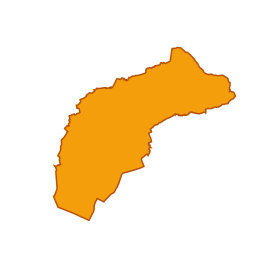 Cleja, Bacau, Romania (Robinson projection), rotated 135°
{"feature_id": "2599482B76086213180522", "entity_name": "Cleja", "entity_type": "district", "adm_level": 2, "iso_a3": "ROU", "parent_name": "Romania", "parent_adm1": "Bacau", "projection": "robinson", "projection_center": [26.881, 46.398], "detail": "fine", "context": "isolated", "style": "filled", "palette": "amber", "viewbox_px": 256, "rotation_deg": 135, "n_neighbors": 0, "source": "geoboundaries", "source_scale": "gbopen_adm2", "svg_char_len": 5683}
<svg xmlns="http://www.w3.org/2000/svg" viewBox="0 0 256 256"><g transform="rotate(135 128 128)"><path d="M233.5,121.5L227.3,107.4L220.9,90.3L211.7,93.2L209.6,94.4L208.4,95.4L208.3,95.7L207.3,96.4L207.2,96.8L206.3,97.3L205.1,97.8L204.1,98.5L201.8,99.1L201.0,99.4L200.2,100.0L199.7,99.9L197.3,92.9L196.6,93.1L186.7,93.2L184.8,92.6L183.1,92.3L178.0,94.0L177.9,93.8L177.6,93.8L176.8,94.3L174.0,95.2L166.1,99.2L163.9,99.9L160.8,98.0L148.0,91.1L143.8,89.6L140.8,96.5L139.6,96.9L132.9,96.1L133.2,94.4L129.4,95.6L129.3,95.9L129.4,96.3L128.4,96.5L128.1,98.8L126.4,98.6L126.1,98.3L126.2,98.7L125.6,98.6L125.6,99.1L125.3,99.8L124.8,100.0L125.2,100.5L124.9,100.8L125.1,100.9L125.0,101.3L125.4,101.6L124.9,102.0L124.4,102.1L124.5,102.4L124.0,103.0L123.7,103.0L122.3,102.0L121.7,101.9L121.1,101.6L119.1,104.8L118.4,106.8L117.2,109.6L116.6,109.5L114.3,108.6L113.6,109.3L113.3,110.4L113.4,110.9L112.6,111.5L111.0,111.1L110.4,111.2L109.8,110.9L108.7,111.2L108.2,111.0L107.5,111.0L107.0,110.8L106.4,110.9L105.9,110.6L105.7,110.3L104.8,109.6L103.9,109.5L103.0,109.8L101.8,109.3L101.4,108.9L100.2,108.7L99.1,108.3L98.0,108.4L95.8,107.6L94.1,107.2L91.2,105.9L87.6,104.9L87.0,104.9L85.9,104.6L85.6,104.7L85.5,104.1L85.1,104.6L84.7,104.6L84.4,104.2L84.6,103.8L84.5,103.7L84.1,103.7L83.3,102.3L82.9,102.1L83.0,101.4L83.3,101.2L83.3,100.9L83.1,100.7L82.2,100.6L82.1,100.4L82.4,99.8L81.8,99.3L81.2,99.1L80.8,98.8L80.9,98.3L79.8,97.9L79.3,98.0L78.6,97.8L78.6,97.5L78.9,97.1L78.5,97.0L78.6,96.8L78.5,96.5L77.9,96.2L77.8,95.9L77.5,95.7L77.2,95.8L76.3,95.1L75.4,95.2L75.2,95.0L74.9,95.3L73.5,95.1L73.1,95.3L72.7,95.2L72.4,94.9L72.4,94.5L71.7,94.3L71.2,93.7L71.2,92.5L70.2,91.7L70.1,91.3L70.0,90.7L69.4,90.3L68.8,89.1L68.2,88.4L67.1,87.3L66.3,87.0L65.3,86.4L63.5,85.7L62.3,84.4L62.2,84.2L62.3,83.8L61.2,84.5L60.8,85.2L60.4,86.2L60.2,86.4L59.9,86.5L59.0,85.9L57.9,85.6L57.3,84.7L55.4,82.9L54.7,82.5L52.4,81.7L51.9,81.4L51.3,80.9L50.9,80.2L49.5,79.3L49.2,78.8L49.0,78.7L48.4,78.7L46.8,78.1L44.5,78.0L43.6,77.0L42.7,76.4L42.0,76.2L40.2,74.6L38.6,75.1L36.9,75.2L34.7,75.0L32.9,74.2L30.9,74.5L29.6,74.5L29.1,75.2L28.8,76.1L28.1,78.3L28.1,78.6L29.0,80.6L30.0,81.6L30.5,81.8L30.5,82.2L28.9,82.6L29.0,83.6L28.4,83.7L28.1,84.3L27.6,84.8L25.8,85.9L24.6,87.2L23.8,87.8L23.8,88.3L24.1,89.0L24.0,89.5L23.6,90.7L22.7,91.7L22.5,92.5L22.6,93.8L23.2,96.0L23.7,98.4L25.2,99.4L25.8,100.1L27.0,101.1L27.8,101.9L28.9,103.6L29.9,104.4L30.3,105.1L31.0,107.2L31.5,107.6L32.2,107.8L32.5,108.5L33.3,108.9L33.5,109.3L34.2,110.6L34.5,110.9L34.4,111.3L34.6,111.5L34.9,112.6L34.9,113.8L34.3,115.1L34.3,116.1L34.1,116.2L34.1,116.5L34.3,116.5L34.1,117.8L34.2,118.5L34.4,118.7L34.4,119.3L34.5,119.6L34.5,120.4L34.1,122.0L33.6,123.1L33.2,124.2L33.1,126.6L32.9,127.9L32.9,129.5L32.4,129.5L32.4,129.8L32.2,135.5L32.4,138.3L32.5,139.2L33.1,140.2L33.8,140.7L33.9,141.0L33.7,143.6L33.8,144.2L34.0,145.4L33.9,146.7L34.4,147.8L36.1,150.0L36.6,150.3L37.0,150.3L37.2,150.5L37.8,150.6L39.5,152.0L39.9,152.5L40.5,152.5L40.5,152.9L40.7,153.0L49.7,146.3L50.7,145.5L51.9,145.6L54.1,146.6L55.7,147.0L56.0,147.3L56.5,149.1L56.8,149.3L57.8,149.1L58.0,149.3L58.1,150.2L58.7,150.9L59.5,150.8L60.2,150.2L60.9,150.1L62.0,150.9L62.5,151.0L64.8,152.9L66.2,152.3L66.6,152.7L66.6,153.1L67.2,153.3L67.4,153.5L67.7,153.7L68.9,153.6L69.0,153.9L69.4,154.2L69.5,154.6L69.9,154.7L70.1,155.2L71.4,156.0L71.9,156.5L72.5,156.7L72.8,156.5L74.2,156.5L74.6,156.2L74.7,155.9L76.1,154.7L76.9,154.6L80.8,156.5L84.0,158.3L85.7,159.9L86.6,159.9L88.2,161.6L89.9,161.9L90.5,162.2L91.2,162.1L91.6,163.0L92.1,162.7L93.4,162.5L93.9,162.1L95.6,162.3L95.7,162.5L95.7,163.3L95.6,163.5L95.1,163.4L95.0,163.5L96.5,164.8L95.9,165.1L95.8,165.5L95.8,165.9L96.3,166.0L96.5,166.3L96.3,166.7L96.6,167.4L97.3,167.8L97.8,167.5L98.7,167.7L99.1,167.6L99.6,168.8L99.9,168.8L100.1,169.0L100.6,170.1L101.1,170.7L105.5,169.1L110.3,167.7L110.7,167.9L110.9,168.4L110.8,168.9L110.9,169.0L111.9,168.2L112.2,168.1L112.5,168.4L112.2,169.0L112.2,169.5L112.5,169.5L112.7,169.8L113.2,169.8L115.4,171.3L115.1,171.5L115.3,171.7L115.1,171.8L115.0,172.0L115.2,172.3L115.7,172.3L115.9,172.8L116.2,172.9L116.5,173.4L117.4,173.9L117.4,174.1L118.1,174.3L118.2,174.7L118.6,174.6L119.4,175.4L119.6,175.8L120.9,176.7L121.3,176.8L121.4,177.2L121.9,177.7L121.9,178.1L122.8,178.0L123.2,178.0L125.1,179.1L125.2,177.7L125.4,177.6L126.0,177.5L127.4,178.0L127.5,177.9L128.5,177.8L128.7,178.2L129.7,179.0L129.8,179.4L130.5,180.2L131.6,180.2L133.5,180.6L133.9,180.4L134.1,180.6L134.4,180.6L135.1,179.8L135.8,179.9L139.3,180.6L140.7,181.5L141.6,181.8L142.0,181.8L142.9,180.0L143.4,179.9L144.8,179.7L146.9,179.7L147.5,179.9L148.4,180.6L150.1,178.1L149.0,176.9L149.0,176.0L149.1,175.7L149.4,175.6L149.9,174.5L150.8,173.4L150.9,172.9L151.1,172.9L152.4,173.4L153.4,174.1L154.4,174.4L155.0,174.3L155.9,174.6L156.2,174.8L156.0,175.1L156.1,175.8L156.7,176.2L156.8,176.0L157.1,176.4L158.2,177.0L158.9,176.9L160.6,178.1L161.2,178.0L162.9,175.3L163.1,175.6L163.4,175.6L164.2,175.3L164.6,174.4L164.5,173.7L164.8,173.1L165.5,173.2L167.1,173.1L167.5,172.8L167.9,171.7L168.4,171.2L169.5,172.7L169.9,172.3L171.3,172.6L173.1,172.6L173.3,168.0L174.3,168.1L174.8,168.0L175.4,167.5L180.9,166.4L182.9,166.7L183.5,166.6L185.4,164.7L186.4,163.4L187.3,163.0L188.4,162.7L188.8,162.5L190.1,161.1L190.9,160.4L192.7,159.4L195.0,158.8L197.0,158.0L197.3,157.7L196.8,156.2L197.2,156.1L197.2,155.5L197.4,154.9L198.0,154.7L199.0,154.1L199.2,153.7L200.6,151.9L200.6,151.6L201.5,149.8L202.0,149.9L202.2,150.3L202.7,150.9L203.2,150.6L204.2,151.6L205.1,151.4L205.9,151.6L206.7,153.3L206.9,152.6L207.1,151.2L207.8,149.5L208.1,149.1L209.9,148.1L210.2,147.8L221.0,135.3L226.1,132.8L227.4,132.3L229.0,132.3L233.5,121.5Z" fill="#f59e0b" stroke="#b45309" stroke-width="1.5"/></g></svg>